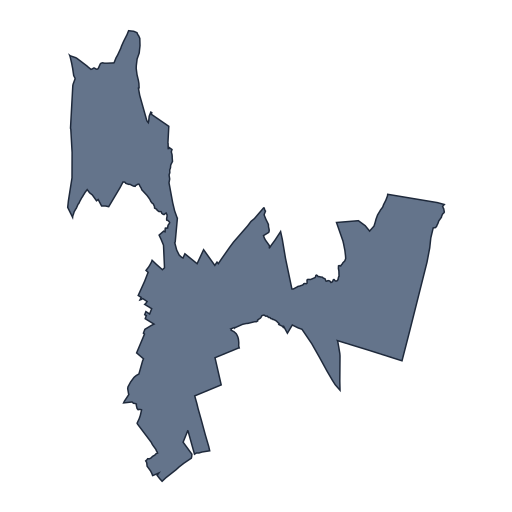 outline of Apizaco, Tlaxcala, Mexico
{"feature_id": "50627088B30859164427191", "entity_name": "Apizaco", "entity_type": "district", "adm_level": 2, "iso_a3": "MEX", "parent_name": "Mexico", "parent_adm1": "Tlaxcala", "projection": "equal_earth", "projection_center": [-98.132, 19.426], "detail": "fine", "context": "isolated", "style": "filled", "palette": "slate", "viewbox_px": 512, "rotation_deg": 0, "n_neighbors": 0, "source": "geoboundaries", "source_scale": "gbopen_adm2", "svg_char_len": 6029}
<svg xmlns="http://www.w3.org/2000/svg" viewBox="0 0 512 512"><path d="M444.3,204.5L437.4,202.6L387.7,194.3L387.5,195.9L385.8,200.3L383.6,204.6L382.7,207.1L380.5,210.0L379.9,211.1L377.6,214.9L376.0,219.2L375.2,222.3L374.0,226.1L369.6,231.1L365.2,225.7L358.4,220.7L336.5,222.5L342.9,240.9L343.6,243.9L344.9,250.5L345.5,255.7L345.7,258.5L344.8,260.9L342.8,262.9L342.4,263.8L341.3,264.9L340.9,265.8L340.4,266.0L339.5,265.6L339.0,265.6L338.5,265.9L338.4,268.5L338.9,271.1L339.0,275.2L339.1,276.1L338.7,276.7L338.2,278.3L338.1,279.4L337.3,280.6L336.5,281.0L335.6,281.0L334.9,280.6L334.2,279.6L333.9,279.5L333.3,279.8L332.9,280.9L331.9,282.2L330.9,282.5L330.0,281.2L328.9,280.7L328.0,280.6L326.6,281.2L325.9,281.0L325.1,278.9L324.7,278.6L323.4,278.2L322.4,277.2L320.7,277.0L319.3,276.6L318.1,276.6L317.4,275.6L316.7,275.2L316.3,275.1L315.8,275.6L315.6,276.7L315.0,277.6L310.6,279.5L308.2,279.4L307.5,279.5L307.0,280.1L307.1,282.5L307.0,283.2L306.4,283.7L304.4,283.5L303.7,283.8L303.4,284.5L302.0,285.3L301.1,285.5L299.7,286.1L298.0,286.4L296.9,287.1L293.3,289.0L291.9,289.0L285.5,258.4L282.3,239.3L280.6,231.6L274.9,240.3L271.2,245.3L269.2,248.4L269.4,247.5L269.5,246.4L269.3,245.5L265.3,239.9L264.2,237.7L263.5,235.6L268.7,232.4L269.2,230.9L269.1,229.4L268.5,226.8L268.4,224.4L265.8,219.1L264.3,215.4L264.2,214.4L265.5,211.1L264.9,210.4L264.2,208.0L263.6,207.9L254.4,218.6L251.0,221.4L247.7,225.8L233.5,242.1L229.5,247.5L221.3,259.2L218.3,263.7L217.0,262.1L214.8,265.4L203.6,249.7L197.1,263.7L184.9,253.8L183.0,258.0L181.6,257.3L179.2,255.1L176.7,250.1L174.8,242.9L174.7,242.8L175.2,242.0L177.4,218.1L177.1,217.8L174.6,210.8L172.7,202.8L169.0,182.8L169.7,179.0L169.1,175.1L169.2,174.4L169.8,172.8L169.7,169.7L170.1,169.0L170.5,167.7L170.6,166.0L170.8,164.8L172.5,161.4L172.2,157.9L172.2,156.4L172.0,154.5L171.3,151.9L172.0,149.5L169.3,147.6L169.1,148.3L168.8,148.6L168.2,148.6L168.1,143.5L167.9,143.1L168.8,126.3L151.5,114.4L151.3,114.2L151.8,112.7L150.8,112.1L149.2,116.2L148.7,121.0L148.3,122.7L147.2,121.3L146.7,120.2L139.7,95.3L138.4,88.1L139.1,87.9L138.9,83.4L138.4,80.5L137.0,74.6L136.2,68.5L136.3,65.6L137.1,59.0L139.2,53.0L140.0,45.6L139.8,38.4L138.6,35.7L137.7,34.5L137.0,32.7L133.8,31.3L128.6,30.7L127.1,34.5L123.6,41.4L121.5,46.1L120.8,48.2L117.7,54.9L116.0,57.9L114.1,62.7L113.8,62.9L107.3,63.2L104.5,63.2L102.5,62.8L101.8,63.0L100.9,63.3L100.3,63.9L98.4,68.1L98.0,68.7L97.4,69.1L96.8,69.2L96.2,69.1L94.3,68.0L93.7,68.0L92.5,68.8L91.0,69.4L87.6,66.6L87.0,66.0L77.1,58.5L75.8,57.7L70.2,55.8L69.7,55.4L70.1,56.5L71.7,63.4L72.7,68.7L73.7,75.6L74.9,77.9L75.1,78.8L73.1,84.2L72.8,85.7L70.5,128.3L70.8,129.2L72.1,152.5L72.0,177.9L68.4,200.8L67.7,207.4L72.6,217.3L72.8,215.6L73.2,214.9L74.2,211.7L75.9,208.8L76.3,208.3L77.9,204.6L78.4,203.8L78.8,203.5L79.7,201.5L81.7,197.8L82.5,196.7L83.8,194.4L84.4,193.7L84.7,192.9L87.2,189.6L89.6,192.8L92.3,194.9L96.5,200.8L98.2,199.5L101.6,206.0L105.5,206.0L108.7,206.7L120.0,187.7L123.0,182.0L124.7,182.1L125.3,182.6L125.7,183.3L128.8,184.4L129.6,184.3L130.6,184.5L131.0,184.9L133.5,186.1L134.7,186.3L135.2,186.3L135.3,185.7L137.7,184.3L138.5,184.1L139.2,184.3L139.7,185.7L141.1,188.0L141.8,189.8L147.1,195.5L149.9,199.4L150.8,201.4L152.0,203.0L153.2,203.8L154.4,206.3L154.6,208.1L156.7,209.3L157.1,210.2L159.0,211.6L161.0,211.6L161.3,212.0L161.7,213.2L162.8,214.1L164.0,214.6L166.1,213.0L167.0,214.7L167.1,216.0L166.6,218.8L166.7,220.1L167.0,220.3L167.8,220.4L169.3,221.8L169.7,222.7L169.4,223.3L168.0,225.3L167.9,226.4L167.5,227.3L167.7,227.9L166.7,228.3L165.8,228.0L165.3,228.2L165.1,229.8L165.2,231.0L165.0,231.8L163.7,231.1L159.1,235.1L161.2,239.6L163.5,245.2L164.5,267.8L162.4,269.7L156.3,264.3L152.1,260.3L151.4,262.2L150.0,264.8L148.8,266.8L146.0,270.4L148.1,272.3L144.7,281.1L138.2,295.5L141.2,297.4L140.0,299.9L141.2,299.5L142.8,298.6L147.1,301.5L145.9,303.3L144.7,304.4L151.7,308.7L149.6,314.0L145.9,311.6L144.7,314.7L146.3,315.6L145.2,318.7L154.0,324.1L151.4,325.4L144.9,329.3L143.4,333.2L144.5,334.1L136.6,352.9L143.5,358.8L142.6,360.9L138.9,374.0L136.4,375.4L134.3,377.1L133.7,377.8L130.6,382.0L128.0,386.8L127.7,388.6L128.5,393.5L128.8,394.3L128.7,394.7L124.4,401.2L123.6,402.9L131.9,402.0L132.5,402.3L133.4,403.3L134.7,403.4L136.4,404.0L136.3,405.3L137.1,408.6L137.5,408.8L137.9,409.6L138.4,409.7L138.8,409.5L139.7,409.4L141.5,409.7L141.6,409.8L140.3,415.5L139.2,418.7L137.1,423.2L137.6,424.2L151.3,442.4L152.4,444.6L156.0,449.6L156.3,450.7L157.1,451.7L157.6,453.1L156.1,453.7L154.7,455.2L152.5,456.4L151.2,457.8L150.2,458.4L149.3,458.8L147.7,458.7L147.0,459.7L145.7,460.9L146.5,462.1L146.8,463.3L147.1,466.2L150.6,471.0L152.0,473.8L152.4,475.1L152.7,475.6L158.8,473.0L157.1,475.3L159.8,478.8L162.1,481.3L165.8,477.8L176.1,469.7L178.9,467.1L183.6,463.4L191.3,458.2L191.7,456.7L191.9,454.2L183.1,442.2L187.7,430.8L188.0,430.9L194.5,454.2L196.4,453.0L198.9,453.0L202.1,452.0L209.7,450.8L208.7,446.4L205.3,434.8L201.4,420.4L198.1,408.7L196.9,403.7L194.7,395.9L221.2,384.9L215.0,357.7L238.8,347.9L239.2,347.9L238.7,345.9L238.8,342.8L238.6,340.7L238.4,339.0L237.9,337.1L237.1,335.3L236.2,333.7L234.0,331.7L231.1,330.2L231.3,328.9L231.1,328.8L233.8,327.7L234.9,327.5L234.9,327.8L235.0,327.7L242.6,324.3L246.2,323.5L247.9,323.4L254.7,321.7L256.4,321.7L257.7,320.9L257.6,320.1L258.0,319.7L260.4,318.1L261.1,317.2L261.8,315.7L263.5,315.1L264.3,315.2L265.7,316.2L267.2,316.1L267.8,316.8L268.7,317.3L269.0,317.6L269.6,317.5L270.2,317.7L271.0,318.7L272.3,318.9L273.0,319.5L273.2,319.4L274.5,319.9L276.4,321.0L279.2,323.8L278.8,324.5L282.5,326.3L283.4,327.6L283.7,327.5L283.9,326.8L287.4,333.2L292.3,325.0L298.1,327.9L302.0,329.3L311.7,343.6L319.8,357.9L326.9,370.9L332.4,380.3L335.2,384.7L340.0,390.2L339.8,381.1L340.0,355.9L339.8,353.4L338.7,346.8L337.7,341.3L337.4,340.6L367.7,349.9L402.0,360.8L409.4,332.1L427.0,262.2L429.7,248.0L430.8,237.9L433.2,227.9L435.5,227.6L436.6,226.3L437.1,225.0L437.9,223.5L438.8,220.9L441.4,217.3L441.7,216.0L442.6,214.0L444.0,212.7L444.3,212.0L443.7,208.7L443.3,208.1L442.6,206.4L444.3,204.5Z" fill="#64748b" stroke="#1e293b" stroke-width="1.5"/></svg>